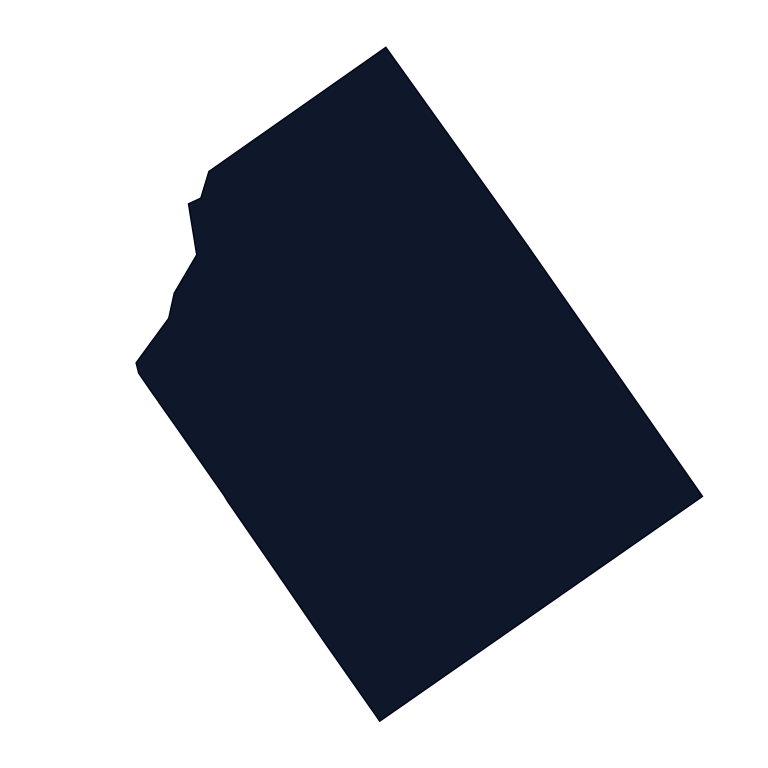 Harper, Oklahoma, United States of America (Natural Earth projection), rotated 235°
{"feature_id": "52423323B3736595899391", "entity_name": "Harper", "entity_type": "district", "adm_level": 2, "iso_a3": "USA", "parent_name": "United States of America", "parent_adm1": "Oklahoma", "projection": "natural_earth1", "projection_center": [-99.604, 36.797], "detail": "fine", "context": "isolated", "style": "filled", "palette": "ink", "viewbox_px": 768, "rotation_deg": 235, "n_neighbors": 0, "source": "geoboundaries", "source_scale": "gbopen_adm2", "svg_char_len": 531}
<svg xmlns="http://www.w3.org/2000/svg" viewBox="0 0 768 768"><g transform="rotate(235 384 384)"><path d="M110.3,187.1L109.3,580.4L417.9,580.9L446.0,580.7L658.7,578.6L658.5,362.5L641.3,340.6L643.7,327.2L597.2,304.7L578.7,264.3L561.3,245.4L543.5,193.1L533.6,189.3L511.8,189.1L499.4,189.2L497.6,189.1L496.5,189.1L493.0,189.1L467.8,189.2L454.7,189.2L402.5,189.1L384.5,189.1L377.5,188.6L287.2,188.0L286.7,187.9L278.1,187.9L208.8,187.2L116.0,187.2L111.3,187.1L110.3,187.1Z" fill="#0f172a" stroke="#020617" stroke-width="1.5"/></g></svg>